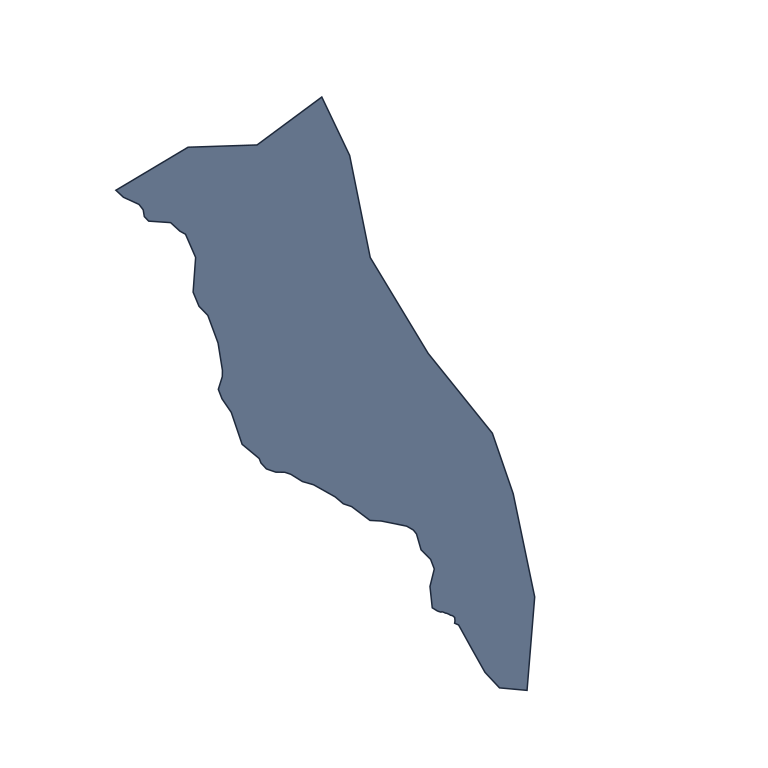 the district of Manas, Talas, Kyrgyzstan, rotated 228°
{"feature_id": "92254566B74004899907305", "entity_name": "Manas", "entity_type": "district", "adm_level": 2, "iso_a3": "KGZ", "parent_name": "Kyrgyzstan", "parent_adm1": "Talas", "projection": "albers", "projection_center": [71.777, 42.691], "detail": "fine", "context": "isolated", "style": "filled", "palette": "slate", "viewbox_px": 768, "rotation_deg": 228, "n_neighbors": 0, "source": "geoboundaries", "source_scale": "gbopen_adm2", "svg_char_len": 1021}
<svg xmlns="http://www.w3.org/2000/svg" viewBox="0 0 768 768"><g transform="rotate(228 384 384)"><path d="M707.4,314.4L697.1,315.3L681.4,322.1L674.6,321.6L668.8,317.9L662.5,318.1L646.7,333.4L634.1,334.6L628.1,336.7L604.1,328.7L580.0,303.6L565.5,298.5L552.9,299.0L525.5,288.1L502.3,273.1L497.7,268.8L490.9,257.3L481.4,253.7L465.1,251.5L434.1,238.2L412.1,241.4L407.6,239.7L399.6,239.8L397.0,241.2L390.9,244.6L384.8,251.2L379.3,254.3L366.1,258.1L356.3,264.2L332.7,272.2L322.2,273.6L314.6,277.9L292.0,282.3L284.1,290.2L263.2,305.7L255.8,308.1L250.8,307.8L236.0,300.6L222.5,301.3L212.9,297.6L202.8,282.7L185.4,270.1L179.9,271.7L178.6,272.3L176.3,273.7L176.0,274.7L174.2,275.7L172.7,276.3L171.6,277.2L169.4,278.2L167.7,278.7L166.0,279.9L163.2,280.3L160.4,278.2L159.0,276.4L157.0,277.3L155.0,278.2L127.9,271.9L102.1,266.1L80.9,266.5L60.6,285.3L124.9,353.5L216.0,406.6L274.9,431.6L377.2,437.3L487.2,458.4L576.8,511.4L638.9,529.8L646.6,449.6L691.1,396.8L707.4,314.4Z" fill="#64748b" stroke="#1e293b" stroke-width="1.5"/></g></svg>